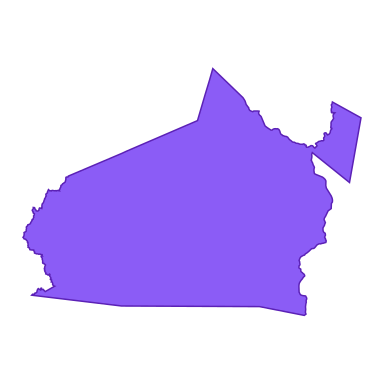 the district of Los Andes, Salta, Argentina
{"feature_id": "61730980B96224963686238", "entity_name": "Los Andes", "entity_type": "district", "adm_level": 2, "iso_a3": "ARG", "parent_name": "Argentina", "parent_adm1": "Salta", "projection": "mercator", "projection_center": [-68.208, -24.497], "detail": "fine", "context": "isolated", "style": "filled", "palette": "violet", "viewbox_px": 384, "rotation_deg": 0, "n_neighbors": 0, "source": "geoboundaries", "source_scale": "gbopen_adm2", "svg_char_len": 5886}
<svg xmlns="http://www.w3.org/2000/svg" viewBox="0 0 384 384"><path d="M299.1,292.1L298.9,286.0L299.1,284.1L299.5,282.8L301.0,280.4L302.5,278.7L302.9,277.9L303.8,276.8L304.5,276.3L304.7,275.9L304.6,275.2L303.9,274.0L303.2,273.6L302.4,272.7L301.3,271.9L300.8,271.2L300.8,269.7L300.7,269.1L299.1,268.1L298.9,267.5L299.1,265.8L299.8,265.1L300.0,264.3L299.7,262.8L299.7,261.9L299.1,260.5L299.6,259.1L299.9,258.2L301.0,256.7L303.7,255.2L304.3,255.2L304.7,254.9L305.3,253.9L307.1,252.8L308.9,251.3L311.6,248.7L313.8,248.4L314.5,247.9L315.5,246.8L316.8,245.1L318.4,244.1L319.4,243.8L320.4,243.8L320.7,243.9L321.6,243.5L323.8,243.1L325.0,242.6L325.7,242.6L326.1,241.9L326.1,240.3L325.7,240.0L325.4,238.5L325.2,238.1L324.8,237.9L324.6,237.3L324.9,236.3L325.4,235.5L325.4,234.3L325.1,233.2L324.0,232.5L323.3,231.4L323.0,230.2L323.0,227.8L324.4,225.5L325.0,223.4L325.4,222.8L324.8,221.2L324.1,219.8L324.2,218.9L324.5,217.9L325.5,216.4L328.1,210.9L331.2,208.6L331.4,203.5L332.4,202.0L332.5,200.1L332.1,198.1L331.2,195.9L326.4,188.2L325.8,185.7L325.9,181.2L325.8,180.7L325.1,179.4L323.8,178.1L322.5,177.1L315.6,174.3L314.6,173.7L314.3,173.2L313.9,170.2L314.1,168.5L314.4,167.6L314.2,166.8L313.2,164.9L312.5,162.7L311.9,161.8L311.8,161.1L311.2,160.6L311.8,157.5L311.9,155.8L311.7,155.2L311.7,154.5L312.0,153.5L312.3,152.6L349.5,182.5L361.0,117.8L332.4,102.0L332.0,104.0L331.3,104.9L331.9,107.2L331.2,109.1L331.3,109.4L331.2,110.9L331.3,111.3L331.7,111.5L331.8,112.1L331.5,112.4L331.8,112.8L333.0,112.9L333.6,112.6L334.9,112.8L333.7,114.0L333.1,115.1L333.1,116.4L333.6,118.4L332.4,120.4L331.4,121.6L331.1,122.4L331.0,124.1L331.1,124.7L330.8,127.6L330.9,128.0L331.8,128.3L331.8,128.9L330.7,130.1L330.3,131.5L330.3,132.2L330.1,132.7L329.2,134.0L328.7,134.4L327.5,134.9L327.1,134.6L326.9,134.0L326.2,133.1L325.8,132.8L324.9,132.9L324.4,133.1L324.1,133.5L324.1,134.2L324.5,134.9L324.7,136.2L324.4,136.9L323.7,137.8L323.6,138.2L323.8,139.1L323.9,140.0L323.5,140.5L322.9,140.8L321.5,140.7L320.5,141.1L318.8,141.4L316.7,143.0L316.1,143.1L315.6,143.5L315.8,144.1L316.4,144.7L317.0,145.8L316.5,146.6L316.0,147.0L315.5,147.1L315.0,148.0L314.5,147.9L313.9,147.4L313.2,146.4L312.6,145.8L311.8,145.6L310.9,145.6L310.1,146.2L308.0,147.2L306.5,147.2L306.1,146.6L306.3,145.8L306.1,145.4L305.8,145.0L304.6,144.8L304.6,144.2L304.4,144.1L303.3,143.9L302.5,144.3L299.9,144.2L298.1,143.4L295.9,143.2L294.6,142.3L292.9,142.1L292.2,141.8L291.2,140.8L289.4,139.5L287.6,137.1L286.1,136.4L284.7,136.3L283.6,135.7L282.7,135.6L281.9,134.7L281.5,134.6L280.9,134.1L280.6,133.6L280.1,132.3L279.9,131.3L279.2,130.0L278.9,129.5L278.2,129.0L277.3,128.7L276.2,128.9L275.8,128.7L274.1,128.8L272.8,129.4L272.5,129.8L272.0,130.1L271.0,130.1L267.2,127.6L265.4,126.2L265.0,125.8L261.2,116.7L260.3,115.6L259.7,115.3L258.8,113.9L258.6,112.9L258.7,112.3L259.0,111.7L259.1,111.2L258.0,111.0L253.8,111.0L252.8,111.7L251.1,111.1L249.8,110.4L249.4,109.9L248.8,108.6L248.6,107.5L247.6,106.5L246.9,105.3L246.3,104.8L245.1,101.1L244.3,99.7L243.0,97.7L212.8,68.6L209.5,80.2L205.1,94.7L197.5,120.6L126.5,151.2L122.0,153.3L68.3,176.1L68.2,176.7L67.8,177.0L66.6,177.0L66.1,177.2L65.9,177.5L65.8,179.8L65.5,180.5L65.5,181.0L65.1,182.1L64.0,182.8L63.7,183.3L62.7,183.7L61.8,185.0L61.1,185.3L60.8,186.0L60.9,186.6L60.7,187.2L60.0,188.4L59.8,189.3L59.2,189.8L59.3,190.4L59.5,190.8L57.5,190.5L56.2,190.9L55.9,190.6L54.8,190.8L52.2,190.4L51.4,190.9L51.1,190.7L49.9,190.9L49.3,190.3L48.7,190.0L48.5,189.6L48.4,189.7L47.4,192.0L47.5,192.6L47.4,192.9L46.2,193.7L46.2,194.0L46.0,194.3L45.8,194.9L46.2,195.8L46.2,196.1L45.8,196.5L45.1,198.2L44.6,198.7L44.7,199.4L44.2,200.0L43.7,201.9L43.0,203.1L42.1,204.1L42.2,204.5L41.9,205.2L42.0,207.2L41.6,207.3L41.4,207.7L41.5,208.0L41.8,208.2L41.8,208.5L39.5,208.0L39.0,209.1L38.9,210.2L37.9,211.0L37.2,211.1L36.1,210.7L35.9,210.0L35.5,209.4L34.9,208.9L34.6,207.7L34.1,207.5L33.3,207.5L33.5,208.1L33.3,208.7L32.6,209.4L32.2,210.3L32.5,211.0L33.0,211.5L32.9,211.9L33.3,212.4L33.2,212.9L33.6,213.3L34.4,213.7L34.2,215.1L33.5,216.0L33.8,217.1L33.7,217.6L33.3,218.1L33.1,219.2L32.3,219.4L31.9,220.1L32.1,220.5L30.6,222.7L30.5,223.5L29.4,224.3L27.8,224.8L27.4,226.0L26.5,226.6L26.5,227.1L26.3,227.5L26.5,228.6L26.2,229.6L26.2,231.1L25.6,231.8L24.5,232.2L24.0,232.6L24.2,233.7L23.9,236.0L23.0,237.4L23.9,238.3L23.9,238.7L24.3,239.0L25.2,239.1L25.9,239.4L26.0,239.8L27.3,241.0L27.5,241.5L27.4,241.8L27.4,242.2L27.9,242.4L28.0,242.7L27.9,243.7L28.1,244.4L28.1,245.0L27.9,245.4L28.2,245.9L28.0,247.3L29.3,247.9L29.9,249.7L31.5,250.0L32.3,249.9L33.0,250.2L33.7,250.0L33.8,250.3L34.0,251.2L34.6,251.9L34.4,252.9L34.9,253.3L35.4,253.4L36.7,253.9L37.6,253.8L38.9,254.3L40.0,254.0L40.7,254.7L41.8,254.5L42.1,254.6L42.0,255.2L42.3,255.9L41.9,255.8L41.1,256.7L42.3,258.3L42.2,259.5L42.5,260.0L42.6,260.6L42.7,261.8L42.6,262.5L42.9,263.3L43.2,263.4L43.5,263.3L43.9,263.4L44.2,264.0L44.6,264.1L45.5,265.0L44.9,266.3L44.6,267.9L44.3,268.3L44.4,268.6L44.8,269.0L44.5,269.4L44.5,270.1L44.9,270.5L44.9,271.7L45.6,272.3L45.8,272.7L45.7,273.9L46.9,274.3L48.1,275.1L49.6,274.1L50.0,274.9L49.5,275.5L49.6,275.8L50.0,276.7L50.7,277.4L50.9,278.4L50.4,278.9L50.3,279.3L50.6,279.7L51.2,279.7L51.6,280.0L51.3,281.9L51.8,281.8L52.1,282.0L52.7,283.4L52.6,284.6L53.1,285.3L53.6,285.5L54.0,286.2L54.5,286.3L45.2,291.6L44.4,290.7L44.1,290.6L44.0,290.2L43.3,289.9L43.2,289.4L42.2,289.3L41.8,289.5L41.7,288.9L41.4,288.5L41.4,288.2L40.9,288.3L40.9,288.7L40.5,289.1L40.6,289.5L40.3,289.9L39.9,289.3L39.0,289.2L38.3,288.6L37.5,289.4L37.5,289.9L37.1,290.7L36.9,291.9L36.7,292.4L35.7,293.0L35.0,293.1L35.0,293.4L34.5,293.8L34.4,294.3L32.6,294.2L31.7,295.2L121.6,306.0L259.5,306.6L304.3,315.4L306.0,314.1L305.4,312.4L305.7,309.4L305.5,306.8L305.9,303.7L306.3,302.2L306.1,301.0L306.3,299.9L306.7,299.1L306.7,298.0L306.4,297.6L305.8,296.2L305.3,295.9L303.4,295.7L301.9,295.4L300.6,294.8L300.1,294.2L299.1,292.1Z" fill="#8b5cf6" stroke="#5b21b6" stroke-width="1.5"/></svg>